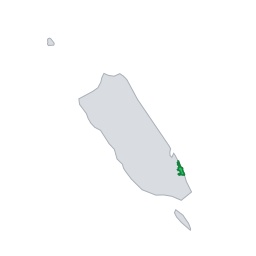 Loíza, Puerto Rico (highlighted), rotated 54°
{"feature_id": "32010507B12754205522862", "entity_name": "Loíza", "entity_type": "district", "adm_level": 2, "iso_a3": "PRI", "parent_name": "Puerto Rico", "parent_adm1": "", "projection": "orthographic", "projection_center": [-65.903, 18.42], "detail": "fine", "context": "in_parent", "style": "filled", "palette": "green", "viewbox_px": 256, "rotation_deg": 54, "n_neighbors": 0, "source": "geoboundaries", "source_scale": "gbopen_adm2", "svg_char_len": 2406}
<svg xmlns="http://www.w3.org/2000/svg" viewBox="0 0 256 256"><g transform="rotate(54 128 128)"><path d="M172.0,108.2L174.8,110.1L177.5,109.8L175.3,105.9L177.3,105.9L194.6,108.3L205.7,112.3L217.1,114.2L217.8,127.4L209.0,132.7L203.3,138.3L198.6,145.0L186.2,152.9L171.4,155.3L161.5,155.5L157.8,155.2L154.2,153.8L146.7,155.1L137.4,151.6L129.5,152.5L113.8,151.6L107.9,154.5L102.3,155.2L96.7,154.6L92.0,153.2L80.4,153.3L75.5,150.6L77.6,135.6L77.8,128.8L75.0,123.1L71.9,119.6L69.7,115.4L74.2,112.7L78.0,108.7L79.2,102.7L83.4,101.2L88.2,100.5L110.4,103.5L166.6,105.3L169.8,105.7L172.0,108.2ZM235.5,140.4L228.4,141.0L223.8,140.2L222.2,137.4L230.8,134.8L240.8,135.1L246.6,136.7L247.3,137.7L235.5,140.4ZM14.5,143.8L13.7,143.9L12.8,143.8L12.4,143.5L11.9,142.7L9.3,141.2L8.7,139.9L9.3,138.5L10.4,138.0L15.6,137.9L16.1,138.0L17.2,139.0L17.2,139.7L16.7,140.3L15.7,142.0L15.3,142.4L15.0,142.8L14.9,143.6L14.5,143.8Z" fill="#d9dde1" stroke="#a8b0b8" stroke-width="1"/><path d="M190.9,112.2L191.3,111.9L191.7,112.3L191.8,112.4L192.6,111.2L193.2,111.4L193.4,111.4L193.7,111.4L194.5,111.5L195.0,111.6L195.4,111.6L195.4,111.9L195.2,112.0L195.2,112.4L195.1,112.8L195.0,113.2L195.0,113.4L194.8,113.5L194.8,113.9L194.8,114.1L194.8,114.5L195.1,114.5L195.6,114.5L195.7,114.4L195.9,114.3L196.3,114.2L196.6,113.4L196.6,113.0L196.7,112.7L196.8,112.5L196.9,112.4L197.2,112.1L197.4,112.1L197.7,111.9L197.8,111.8L197.8,111.7L198.0,111.5L198.3,111.1L198.5,111.1L198.5,110.9L198.7,110.5L199.0,110.3L199.1,110.2L198.9,110.1L198.8,109.6L198.5,109.5L198.3,109.4L198.2,109.4L197.8,109.4L197.4,109.3L197.3,109.2L197.2,109.2L196.8,109.1L196.1,109.1L195.9,109.0L195.4,109.0L195.1,108.9L194.7,108.8L194.6,108.7L193.7,108.3L193.2,108.0L193.1,107.8L193.0,107.6L192.6,107.5L192.3,107.4L192.1,107.5L191.9,107.5L191.6,108.0L191.2,108.2L190.8,108.1L190.4,108.2L189.9,108.0L189.2,108.0L188.3,107.7L187.1,107.4L186.2,107.1L185.7,106.8L185.4,106.8L184.9,106.9L184.7,106.8L184.4,106.6L184.3,106.8L184.2,106.9L184.5,107.0L184.9,107.3L184.9,107.5L185.0,107.7L184.9,108.2L185.0,108.4L185.4,108.5L185.6,108.4L185.7,108.5L186.0,108.6L186.3,108.6L186.3,108.9L186.6,109.3L186.8,109.4L186.9,109.2L187.1,109.3L187.5,109.3L187.6,109.2L187.8,108.9L188.2,109.2L188.9,109.4L189.2,109.6L189.7,109.8L189.9,109.8L189.9,110.3L190.3,111.0L190.1,111.1L190.5,111.4L190.8,111.4L190.9,111.5L190.9,112.0L190.9,112.2Z" fill="#22c55e" stroke="#15803d" stroke-width="1.5"/></g></svg>